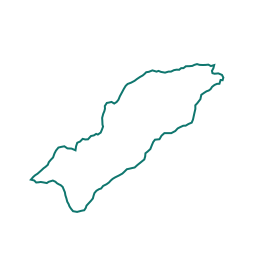 outline of Oriente, São Paulo, Brazil, rotated 213°
{"feature_id": "56859067B33537633003758", "entity_name": "Oriente", "entity_type": "district", "adm_level": 2, "iso_a3": "BRA", "parent_name": "Brazil", "parent_adm1": "São Paulo", "projection": "equal_earth", "projection_center": [-50.092, -22.144], "detail": "fine", "context": "isolated", "style": "outline", "palette": "teal", "viewbox_px": 256, "rotation_deg": 213, "n_neighbors": 0, "source": "geoboundaries", "source_scale": "gbopen_adm2", "svg_char_len": 2176}
<svg xmlns="http://www.w3.org/2000/svg" viewBox="0 0 256 256"><g transform="rotate(213 128 128)"><path d="M90.0,227.7L92.2,225.1L95.1,224.9L97.1,223.3L99.5,221.6L102.4,219.9L104.9,219.2L106.7,217.1L107.9,215.1L110.3,213.2L113.1,211.3L114.1,208.4L116.0,207.2L116.8,204.7L119.0,203.4L121.0,201.5L122.6,198.8L124.8,197.3L127.1,194.6L130.9,193.0L133.5,192.5L134.8,190.8L136.6,190.3L138.9,189.6L141.1,186.5L143.1,184.7L143.6,182.3L144.3,180.0L145.7,177.4L147.2,173.9L148.2,171.1L150.1,167.7L152.3,164.7L152.9,162.1L152.8,158.6L152.5,155.2L152.1,150.2L151.4,146.5L151.7,143.6L152.9,141.0L156.0,140.9L157.9,138.9L159.4,137.5L159.4,133.8L157.8,131.6L157.0,129.2L156.5,126.4L155.2,122.4L153.5,120.1L151.2,116.9L149.7,115.6L149.0,112.6L148.4,109.3L149.7,106.1L151.5,105.7L152.6,103.2L154.7,101.1L155.4,96.7L157.6,95.1L160.1,94.2L160.8,90.6L162.5,88.0L161.6,84.4L159.9,80.7L164.1,80.0L167.7,77.9L171.4,78.0L173.5,76.0L175.7,73.7L176.1,69.9L175.8,66.6L174.8,62.5L175.4,59.4L175.8,56.2L175.2,53.5L176.0,50.5L176.9,48.2L177.6,45.3L179.0,40.3L180.1,37.9L180.8,35.5L181.3,31.8L178.1,32.9L175.3,32.3L173.5,33.7L171.8,35.2L169.3,36.3L166.1,37.6L165.2,39.7L162.4,43.0L159.6,43.4L157.6,43.0L155.5,43.1L153.3,43.4L150.7,43.0L148.1,41.2L145.9,39.7L143.9,37.5L141.3,35.4L138.8,33.1L136.3,31.8L134.4,30.4L131.9,29.3L128.8,28.3L125.0,29.9L121.7,33.5L119.9,35.2L119.9,37.9L120.5,40.3L120.1,42.7L119.4,46.8L119.1,49.8L119.9,52.2L120.7,55.1L120.3,58.2L119.0,60.9L117.6,62.6L117.3,65.9L115.4,69.1L114.3,71.9L113.9,74.3L113.2,76.9L111.9,79.6L109.7,83.3L107.9,86.7L107.3,89.1L106.5,92.8L104.5,94.8L102.9,96.5L100.9,98.5L99.9,102.2L98.4,106.8L97.2,110.5L98.1,113.5L99.6,116.3L98.7,119.0L97.8,122.5L98.7,127.0L99.2,130.0L99.0,132.9L95.5,135.7L95.7,139.8L94.7,143.5L91.3,145.7L88.9,147.3L86.7,151.2L86.1,154.7L84.8,157.0L82.9,160.0L80.9,161.4L79.4,164.4L77.5,167.2L78.1,170.5L79.2,173.4L80.3,176.3L81.9,180.7L83.9,183.7L83.4,186.5L83.0,191.6L84.6,195.8L83.2,199.2L82.1,201.6L80.7,203.4L79.9,205.6L79.9,208.3L78.9,211.2L77.4,213.5L75.4,214.9L76.5,218.7L74.7,219.6L75.5,222.2L78.1,223.7L82.0,223.0L84.9,220.7L87.0,220.0L88.7,221.6L88.9,224.5L90.0,227.7Z" fill="none" stroke="#0f766e" stroke-width="2"/></g></svg>